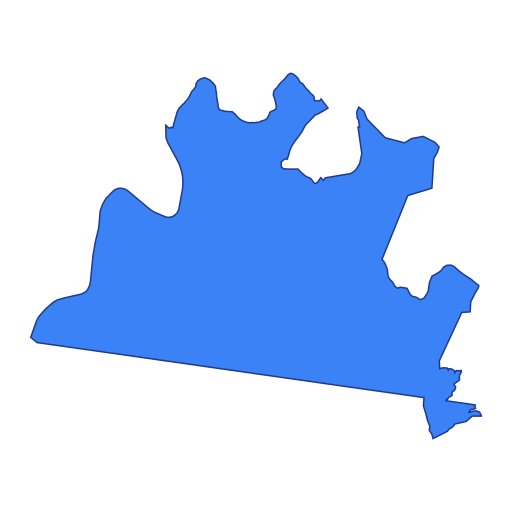 the district of Cherbourg, Queensland, Australia
{"feature_id": "25037944B27259655099788", "entity_name": "Cherbourg", "entity_type": "district", "adm_level": 2, "iso_a3": "AUS", "parent_name": "Australia", "parent_adm1": "Queensland", "projection": "natural_earth1", "projection_center": [151.944, -26.287], "detail": "fine", "context": "isolated", "style": "filled", "palette": "blue", "viewbox_px": 512, "rotation_deg": 0, "n_neighbors": 0, "source": "geoboundaries", "source_scale": "gbopen_adm2", "svg_char_len": 4057}
<svg xmlns="http://www.w3.org/2000/svg" viewBox="0 0 512 512"><path d="M470.1,311.9L470.2,311.1L470.3,309.6L470.4,307.8L470.5,305.8L470.6,304.1L470.7,302.6L471.1,300.9L471.5,300.1L472.2,299.0L473.8,295.8L474.6,293.9L475.7,292.2L477.0,290.0L478.4,287.7L478.8,285.7L477.9,284.7L476.6,283.9L475.5,283.0L474.4,282.0L472.9,280.9L471.7,279.7L469.9,278.5L464.0,274.7L459.4,271.3L454.4,266.8L451.0,265.1L446.8,265.3L443.6,267.1L441.3,270.3L439.5,271.8L436.3,273.8L435.0,274.7L432.0,276.1L429.6,282.1L428.7,287.1L428.3,291.1L426.8,293.9L423.8,298.3L420.3,299.7L416.4,297.3L412.3,296.3L410.1,294.2L408.4,291.0L407.1,288.3L400.2,287.2L397.4,288.2L394.9,286.3L393.7,283.9L392.2,281.7L389.8,279.3L388.2,276.7L387.6,272.4L387.4,269.8L386.5,267.1L385.7,265.0L385.0,263.5L383.9,261.6L383.1,260.6L381.8,259.0L382.9,257.2L407.8,195.5L431.9,188.2L433.8,158.5L437.3,152.3L439.1,147.0L434.9,142.3L423.2,136.4L411.8,138.5L404.5,142.8L385.3,137.8L367.1,119.2L363.9,111.2L358.8,107.1L356.7,112.0L357.3,118.3L358.5,120.0L359.5,126.8L358.0,127.1L361.8,153.6L359.7,163.5L355.9,169.8L351.1,173.5L325.4,177.8L323.3,180.3L320.8,177.7L319.3,179.6L318.1,181.8L315.6,183.6L313.8,182.7L312.2,180.3L310.2,178.1L307.8,177.3L305.0,175.7L301.2,172.4L297.9,169.0L294.4,169.1L289.0,169.1L283.6,168.8L281.4,167.0L281.2,164.8L281.3,161.8L283.3,160.2L284.7,159.0L287.4,159.1L288.0,156.8L288.8,154.5L289.8,150.5L291.8,146.0L294.7,141.5L297.2,138.3L300.1,134.3L301.6,132.2L303.7,128.4L305.4,125.1L308.2,122.3L311.3,119.1L313.9,116.5L314.5,115.3L317.3,114.2L318.5,113.7L321.4,112.0L323.1,111.1L328.0,108.1L321.1,99.0L320.8,99.8L319.5,100.6L317.4,101.0L314.5,100.6L314.3,99.1L313.9,96.4L312.8,95.2L310.7,93.5L309.5,91.8L307.7,90.0L306.0,88.4L303.3,84.5L302.3,83.4L300.4,82.6L299.6,81.3L298.5,79.2L297.5,77.7L294.4,74.9L291.8,73.5L290.1,73.4L288.0,74.8L286.2,77.0L284.3,79.4L281.7,81.8L279.4,84.2L277.3,87.3L274.1,90.5L273.5,93.1L273.3,95.2L274.7,98.8L275.3,101.1L276.4,106.9L275.9,109.0L273.8,110.4L271.9,111.0L269.8,112.4L269.0,114.9L266.9,118.6L264.7,120.1L260.9,121.2L259.0,122.4L256.8,122.3L254.0,122.8L252.3,122.5L248.8,122.8L245.4,122.0L241.2,120.0L237.8,117.4L235.9,114.9L232.2,111.7L229.1,111.6L225.4,111.3L219.5,109.8L218.1,106.9L218.1,104.6L217.5,101.4L217.0,99.3L216.6,96.2L216.5,93.4L215.8,89.4L215.3,86.1L213.3,83.3L209.5,79.8L204.8,77.7L201.0,78.7L198.0,80.6L196.2,83.4L195.6,87.0L193.8,89.2L191.5,91.9L190.1,95.1L187.5,99.4L184.2,103.1L180.5,106.7L178.8,108.8L177.2,111.8L173.7,124.1L172.9,127.9L171.4,127.2L169.5,128.1L168.2,127.5L165.8,125.3L165.8,127.6L165.8,127.8L166.0,136.9L166.1,138.1L166.4,138.9L168.0,143.2L170.3,147.3L178.9,163.3L180.7,168.3L181.9,172.5L182.6,176.7L182.9,181.1L182.9,185.4L182.4,189.7L178.7,209.7L177.2,212.8L174.9,215.1L172.2,216.7L169.2,217.4L166.1,217.1L154.9,212.4L151.5,210.4L148.9,208.5L129.3,192.0L127.4,190.5L126.4,189.8L123.6,188.6L120.3,188.2L118.1,188.4L114.5,189.9L112.6,191.7L110.4,193.8L108.4,195.9L105.9,198.6L103.6,202.4L102.1,205.6L100.6,209.7L100.1,211.8L99.6,217.6L99.1,224.2L98.5,228.8L95.2,242.4L94.0,249.8L93.1,254.7L90.3,282.5L89.5,285.7L87.5,289.8L85.4,292.0L82.8,293.4L80.5,294.3L68.8,296.9L64.4,297.9L62.3,298.5L57.4,299.9L53.6,302.0L49.0,305.9L45.7,308.9L42.7,312.2L38.8,316.6L36.8,320.2L35.2,324.6L31.6,334.9L30.7,337.4L36.5,342.1L37.0,342.6L102.1,351.8L328.8,384.1L424.0,397.6L423.4,405.7L425.8,413.6L427.7,421.1L429.8,426.2L429.3,430.6L431.9,434.3L433.0,438.6L447.6,431.2L449.0,429.0L452.3,427.3L455.0,424.0L466.1,421.5L472.2,416.1L481.3,416.1L480.7,414.0L479.5,412.2L477.7,411.3L475.6,410.8L472.2,411.4L469.1,412.4L469.4,411.1L470.3,410.4L470.9,409.5L473.0,409.3L475.5,408.5L475.2,406.9L475.1,404.9L445.9,400.7L446.3,399.4L447.6,399.3L448.7,397.1L450.9,396.4L452.3,394.8L451.8,393.0L452.5,391.6L454.5,390.5L455.6,387.9L455.5,386.6L453.8,384.2L459.5,380.0L459.4,375.7L461.2,372.3L461.3,370.5L458.8,370.8L456.4,370.5L454.7,372.6L454.6,371.1L452.5,369.4L450.4,368.7L449.0,368.8L448.2,370.0L447.4,368.1L444.5,367.8L441.7,368.0L439.7,368.8L439.3,360.9L461.8,312.4L470.1,311.9Z" fill="#3b82f6" stroke="#1e3a8a" stroke-width="1.5"/></svg>